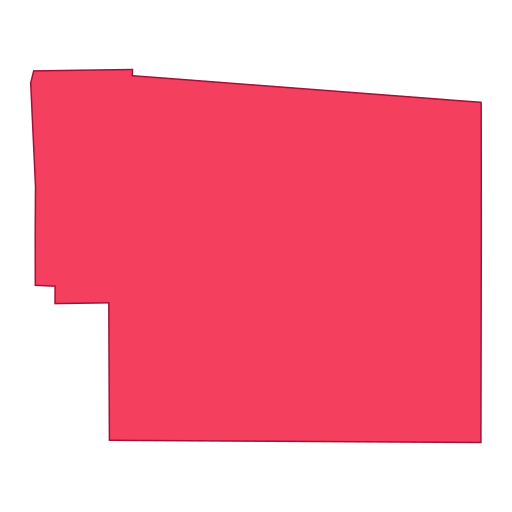 the district of Hardin, Ohio, United States of America, rotated 180°
{"feature_id": "52423323B45782198481298", "entity_name": "Hardin", "entity_type": "district", "adm_level": 2, "iso_a3": "USA", "parent_name": "United States of America", "parent_adm1": "Ohio", "projection": "robinson", "projection_center": [-83.573, 40.662], "detail": "fine", "context": "isolated", "style": "filled", "palette": "rose", "viewbox_px": 512, "rotation_deg": 180, "n_neighbors": 0, "source": "geoboundaries", "source_scale": "gbopen_adm2", "svg_char_len": 379}
<svg xmlns="http://www.w3.org/2000/svg" viewBox="0 0 512 512"><g transform="rotate(180 256 256)"><path d="M478.3,441.1L481.3,429.0L476.5,325.5L476.8,277.8L476.7,226.7L456.9,225.8L457.0,208.4L403.2,209.2L402.6,71.8L383.7,71.6L31.1,69.5L30.7,276.4L30.8,401.6L30.9,409.7L54.1,411.4L379.7,436.3L379.5,442.5L478.3,441.1Z" fill="#f43f5e" stroke="#9f1239" stroke-width="1.5"/></g></svg>